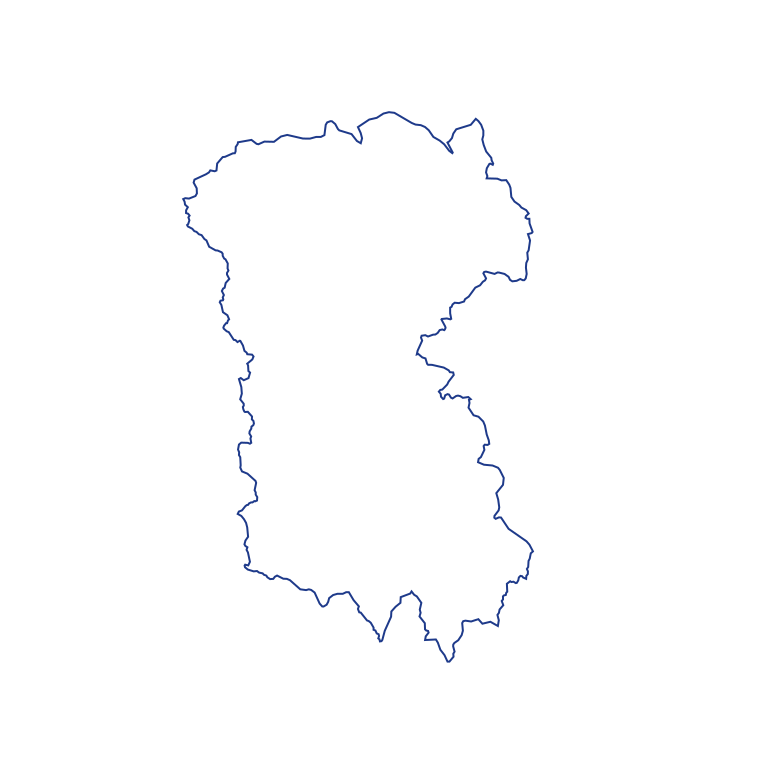 Mogovolas, Nampula, Mozambique (Mercator projection), rotated 66°
{"feature_id": "85939544B32350532447413", "entity_name": "Mogovolas", "entity_type": "district", "adm_level": 2, "iso_a3": "MOZ", "parent_name": "Mozambique", "parent_adm1": "Nampula", "projection": "mercator", "projection_center": [39.302, -15.724], "detail": "fine", "context": "isolated", "style": "outline", "palette": "blue", "viewbox_px": 768, "rotation_deg": 66, "n_neighbors": 0, "source": "geoboundaries", "source_scale": "gbopen_adm2", "svg_char_len": 6165}
<svg xmlns="http://www.w3.org/2000/svg" viewBox="0 0 768 768"><g transform="rotate(66 384 384)"><path d="M651.4,378.4L646.5,375.2L641.1,374.3L639.8,372.1L637.0,370.1L634.6,365.0L630.1,364.7L629.2,362.9L626.4,361.7L625.9,360.3L626.3,358.6L624.3,357.1L623.9,355.9L616.5,353.0L615.5,349.0L616.7,348.2L617.3,346.1L619.5,344.6L619.7,343.6L618.0,341.2L615.6,339.5L614.8,337.4L615.8,336.0L617.4,335.6L619.8,333.4L617.2,332.0L616.1,329.9L613.6,328.7L611.1,328.7L609.8,326.7L604.4,323.9L602.8,321.9L598.4,318.8L597.5,316.0L589.9,316.5L585.7,317.8L567.0,329.1L553.6,331.4L552.6,333.2L552.6,336.8L551.0,337.6L549.4,336.7L546.1,330.7L543.6,328.9L536.0,326.7L529.4,325.8L524.5,316.3L518.5,312.8L509.6,313.2L506.9,313.9L502.6,318.0L498.4,325.5L493.7,329.9L490.9,328.0L490.2,325.2L485.0,319.1L481.2,318.2L480.4,316.7L481.8,314.1L481.5,312.2L478.1,311.2L471.9,310.7L463.0,308.7L458.6,308.6L452.3,311.0L449.0,314.9L440.0,316.4L436.1,313.6L433.0,312.8L433.1,311.0L430.2,312.3L428.7,317.6L426.2,319.2L424.7,321.1L424.3,323.0L425.1,327.2L423.7,328.4L420.1,328.9L419.1,330.1L419.2,332.7L421.8,335.0L421.8,336.1L418.8,337.1L416.0,336.2L413.3,337.0L412.3,335.0L412.8,333.0L410.2,326.5L408.1,324.0L404.1,316.6L401.6,316.1L400.0,319.0L397.9,319.3L393.3,322.7L386.0,332.4L384.4,335.9L383.1,336.4L377.5,335.7L375.3,338.2L370.4,340.5L370.3,342.0L367.2,339.7L359.9,331.5L356.6,331.3L355.2,330.0L356.2,326.4L358.5,324.5L358.9,319.1L359.7,316.9L359.2,314.2L357.4,311.2L357.9,308.5L359.3,307.1L359.0,306.3L357.7,304.9L356.3,304.7L348.4,305.3L348.1,304.8L349.7,299.9L351.9,297.1L351.8,296.1L346.3,294.8L341.1,292.5L341.0,290.9L339.2,289.0L338.5,286.4L340.6,282.6L341.2,277.3L339.5,275.5L338.6,271.0L333.1,261.4L332.9,256.1L330.8,252.1L330.4,249.5L329.0,247.8L323.3,248.2L322.4,246.9L322.8,245.1L328.4,238.2L328.3,234.9L328.9,233.7L332.5,229.1L336.8,226.6L340.1,226.5L342.4,225.0L343.7,220.8L343.5,216.8L345.6,215.0L346.2,213.6L345.2,211.6L341.5,208.9L335.4,207.0L331.3,204.8L328.6,201.8L322.3,199.7L320.7,197.5L312.3,192.2L305.6,191.5L306.2,187.7L305.5,186.4L296.5,185.7L292.2,184.0L291.3,186.0L289.7,187.1L288.4,186.1L287.1,182.5L283.0,183.4L278.7,186.7L275.5,187.6L270.4,190.6L264.9,191.6L256.3,188.7L252.8,188.5L247.5,189.4L245.8,193.8L242.5,197.0L237.9,206.6L236.1,205.0L232.2,204.7L228.7,202.3L225.8,198.2L225.9,197.3L228.0,195.5L227.1,194.6L223.4,194.7L221.0,194.0L213.2,196.1L206.2,195.7L200.5,194.7L197.4,192.2L193.0,190.2L186.7,189.8L182.2,190.8L179.1,192.3L182.5,199.3L180.7,214.4L183.4,218.8L187.0,221.9L188.9,225.7L189.2,227.8L200.5,227.1L200.9,227.7L197.5,229.6L189.5,231.5L184.3,234.1L178.4,238.4L170.4,239.9L165.9,242.0L162.5,245.1L159.8,249.7L156.8,252.5L140.5,264.2L137.7,268.9L136.7,274.5L137.9,282.4L136.4,289.9L138.7,303.3L145.2,303.2L150.6,304.1L154.6,307.3L151.0,309.9L142.5,312.0L134.1,321.7L132.3,322.4L126.7,322.8L122.8,324.7L122.1,326.1L121.9,329.5L123.5,331.8L132.4,337.2L132.6,341.2L130.7,345.5L129.7,351.9L126.8,358.2L117.1,371.1L116.0,377.4L118.0,386.0L113.9,394.7L113.9,401.2L112.8,402.7L107.1,405.8L103.8,419.1L105.3,420.1L107.1,423.0L111.2,425.0L112.5,426.4L111.8,428.3L111.8,436.8L111.1,439.1L114.7,446.7L120.8,450.2L120.8,452.1L118.2,455.8L119.5,457.8L120.0,461.3L120.2,474.0L122.6,476.0L129.0,475.5L133.8,477.4L135.6,479.8L135.3,486.7L133.4,490.0L133.4,492.2L136.3,492.0L139.2,492.8L142.7,491.3L144.8,494.1L147.3,495.3L148.8,493.7L151.1,493.1L152.2,494.9L155.3,495.2L158.2,497.8L158.7,499.2L160.3,499.1L164.2,496.0L167.2,495.1L168.8,493.4L171.9,492.2L173.8,490.1L178.5,489.1L180.6,487.8L187.5,487.9L193.4,483.5L194.4,481.7L197.6,478.8L199.3,478.4L201.3,479.2L204.4,479.0L205.6,478.1L210.3,477.7L214.8,479.9L217.1,480.0L218.7,482.3L220.2,482.9L225.1,482.6L227.3,487.5L231.2,490.4L231.4,492.2L233.1,494.3L237.6,494.1L239.3,496.1L241.4,496.4L242.0,497.1L241.4,499.5L242.5,500.8L245.6,500.4L252.9,501.9L257.5,499.1L261.9,499.2L262.5,500.7L264.6,502.6L264.2,503.5L265.6,506.3L267.1,507.8L268.2,507.9L271.8,506.3L273.5,504.7L282.5,503.3L283.5,501.8L286.1,500.8L285.8,498.1L286.2,497.7L291.5,497.2L297.0,498.0L299.5,496.7L301.2,496.8L303.5,492.6L305.8,492.0L308.0,494.3L309.8,500.7L311.7,500.6L317.0,502.6L319.1,501.7L323.5,505.4L323.5,510.6L320.3,512.4L320.5,514.5L328.8,515.6L335.0,517.8L339.5,521.6L344.9,520.2L346.7,520.9L347.6,522.3L350.0,522.8L352.3,522.8L353.1,522.3L354.0,519.7L360.0,517.8L362.6,519.1L364.6,518.3L367.2,518.9L368.5,520.2L369.0,522.4L370.8,523.4L372.6,526.0L374.4,527.1L377.9,526.7L379.5,528.2L383.7,529.2L384.0,530.8L382.4,532.3L379.5,538.3L380.3,541.1L384.5,544.0L387.5,544.1L389.9,545.4L392.4,545.1L400.0,548.0L401.9,549.3L406.1,549.3L410.4,545.2L420.3,540.8L422.3,541.0L428.4,545.4L430.9,545.3L432.9,546.2L435.8,545.8L438.8,547.4L438.8,549.4L438.2,550.1L438.7,552.3L438.1,553.6L438.2,555.9L439.1,557.2L438.8,558.6L439.2,560.3L441.7,565.2L441.5,568.5L443.2,570.5L446.5,568.0L450.6,566.9L454.8,566.5L459.4,567.3L468.3,570.3L470.6,574.2L473.7,576.7L475.6,576.5L477.6,575.2L479.6,577.0L482.5,576.8L491.9,578.8L494.5,581.8L492.6,584.3L493.2,585.2L494.9,585.5L498.1,583.9L502.2,579.2L503.2,576.1L505.5,574.8L507.6,571.9L509.4,571.3L511.2,569.4L513.1,569.2L515.9,567.4L517.0,564.4L515.7,562.1L515.5,559.6L520.9,555.2L522.5,552.0L525.0,549.7L537.5,544.0L540.6,539.0L541.0,536.2L542.5,534.3L546.3,532.2L558.4,532.1L562.1,530.9L562.7,529.7L562.3,526.2L560.3,523.6L557.3,521.2L556.1,516.3L556.7,512.0L558.9,507.0L558.8,503.2L559.9,500.8L569.1,499.7L576.9,497.4L578.9,499.3L582.5,499.5L583.4,498.2L593.1,495.7L594.3,494.4L596.7,493.2L602.3,492.6L604.3,493.5L605.7,492.1L608.9,492.1L610.4,490.7L612.2,491.0L614.1,492.7L615.4,492.0L617.5,492.4L617.9,490.9L617.1,489.6L609.8,483.7L599.5,472.2L594.8,469.8L592.2,464.0L590.6,458.0L585.5,455.4L586.1,445.3L584.7,443.2L588.8,442.2L591.4,440.4L599.1,438.9L604.7,443.1L607.9,443.6L610.8,446.1L619.1,444.0L624.8,446.3L626.4,445.7L627.5,444.2L629.3,444.4L631.5,448.5L634.6,450.6L638.5,440.5L642.2,440.0L649.7,440.6L656.3,439.0L663.4,438.9L664.2,437.1L661.4,431.4L658.6,430.4L657.2,428.4L651.7,427.5L650.2,426.7L649.2,425.1L648.3,420.4L645.0,415.2L641.5,412.3L634.2,409.8L632.9,408.1L633.3,405.9L636.4,401.0L637.2,393.5L643.0,391.6L644.5,383.5L651.4,378.4Z" fill="none" stroke="#1e3a8a" stroke-width="2"/></g></svg>